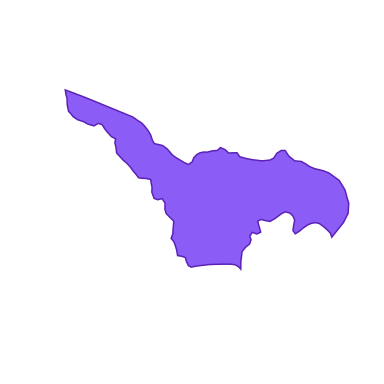 the district of Nossa Senhora do Socorro, Sergipe, Brazil, rotated 20°
{"feature_id": "56859067B36001575817528", "entity_name": "Nossa Senhora do Socorro", "entity_type": "district", "adm_level": 2, "iso_a3": "BRA", "parent_name": "Brazil", "parent_adm1": "Sergipe", "projection": "natural_earth1", "projection_center": [-37.154, -10.873], "detail": "fine", "context": "isolated", "style": "filled", "palette": "violet", "viewbox_px": 384, "rotation_deg": 20, "n_neighbors": 0, "source": "geoboundaries", "source_scale": "gbopen_adm2", "svg_char_len": 2024}
<svg xmlns="http://www.w3.org/2000/svg" viewBox="0 0 384 384"><g transform="rotate(20 192 192)"><path d="M338.8,186.6L344.8,168.8L346.0,158.8L343.2,149.1L340.1,144.9L335.1,137.8L329.7,133.4L326.4,130.8L314.2,127.3L308.7,127.1L304.5,127.5L299.7,128.1L294.0,127.9L289.3,126.7L284.3,125.9L277.9,127.6L270.6,125.1L265.3,121.1L261.6,122.5L258.5,126.6L257.2,132.2L254.2,135.4L247.1,138.8L238.1,140.9L231.5,142.0L224.8,142.5L220.8,139.7L216.3,141.5L213.2,142.8L208.7,140.9L203.5,140.5L201.6,144.3L197.1,146.3L192.8,149.3L189.4,150.4L186.0,152.5L183.6,155.3L181.9,159.2L181.9,163.4L179.3,167.4L174.6,167.0L170.6,166.2L165.8,165.3L161.1,164.0L157.6,162.0L153.7,159.9L148.5,158.4L144.7,158.8L140.2,159.4L137.4,157.3L133.6,152.5L129.5,149.1L123.9,145.7L120.4,144.2L115.9,143.2L111.0,141.8L60.1,139.7L38.0,139.4L39.9,143.0L42.5,146.7L45.1,153.1L48.4,158.4L51.5,160.0L54.8,162.0L59.8,163.2L66.3,163.0L70.8,163.8L74.0,163.6L77.3,163.4L80.4,159.6L84.5,159.4L88.0,162.2L92.1,164.8L97.5,167.6L102.0,168.1L102.7,172.1L105.4,176.3L107.8,181.1L111.8,183.2L116.4,185.6L120.8,187.2L125.4,189.6L129.5,192.4L133.3,194.5L136.9,196.9L140.5,196.2L144.2,195.0L148.9,194.4L150.8,198.0L152.8,201.1L154.3,205.9L158.6,211.0L162.4,211.0L166.2,208.5L170.5,211.7L172.4,217.4L175.0,221.0L180.0,223.4L184.9,225.7L186.6,232.2L188.3,238.1L188.3,242.8L192.1,245.0L194.6,248.0L197.5,251.9L200.2,256.7L204.4,255.9L208.3,255.9L210.4,259.1L213.7,262.4L216.9,262.9L221.5,260.1L227.0,257.3L233.0,254.3L237.4,252.5L240.7,251.2L244.5,249.7L248.0,248.4L252.4,246.8L257.4,245.6L261.1,246.2L264.2,247.8L261.7,240.6L259.4,230.7L261.4,225.2L263.9,221.2L263.8,216.6L261.4,213.8L262.5,209.3L267.3,209.3L270.3,206.2L266.6,201.1L263.7,196.9L266.3,194.2L270.6,193.8L275.3,193.0L278.7,189.0L280.8,186.0L283.4,181.9L286.5,178.7L291.3,178.3L295.4,180.3L298.1,183.3L298.9,188.4L300.0,193.6L303.3,196.0L306.4,192.0L308.2,188.7L312.0,183.3L315.3,180.3L318.9,178.5L322.5,178.1L327.4,179.5L332.0,181.3L335.9,183.2L338.8,186.6Z" fill="#8b5cf6" stroke="#5b21b6" stroke-width="1.5"/></g></svg>